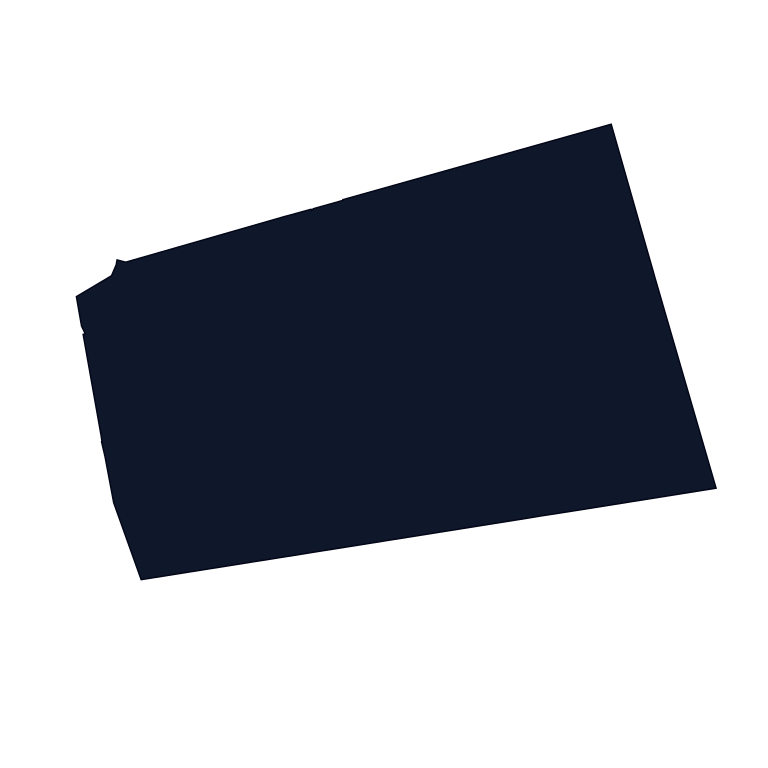 the district of Orange, North Carolina, United States of America, rotated 73°
{"feature_id": "52423323B59069176742644", "entity_name": "Orange", "entity_type": "district", "adm_level": 2, "iso_a3": "USA", "parent_name": "United States of America", "parent_adm1": "North Carolina", "projection": "albers", "projection_center": [-79.134, 36.052], "detail": "fine", "context": "isolated", "style": "filled", "palette": "ink", "viewbox_px": 768, "rotation_deg": 73, "n_neighbors": 0, "source": "geoboundaries", "source_scale": "gbopen_adm2", "svg_char_len": 666}
<svg xmlns="http://www.w3.org/2000/svg" viewBox="0 0 768 768"><g transform="rotate(73 384 384)"><path d="M202.0,90.8L195.7,369.4L196.4,369.5L195.7,400.3L196.8,402.4L195.6,402.7L194.9,427.4L194.8,428.7L192.0,595.4L187.3,603.0L191.8,605.3L200.8,612.9L210.5,652.6L240.2,656.3L248.6,655.0L248.6,657.2L350.6,669.6L356.7,670.5L356.7,671.0L371.8,672.0L418.5,677.2L500.1,673.4L507.1,623.2L507.4,621.4L508.5,613.4L515.8,561.1L517.6,548.7L519.3,536.3L523.2,508.5L524.0,502.5L534.3,428.9L555.0,280.7L556.1,272.2L558.9,253.0L560.0,245.3L580.7,96.9L360.9,93.8L353.2,93.6L340.3,93.4L334.6,93.3L329.3,93.2L202.0,90.8Z" fill="#0f172a" stroke="#020617" stroke-width="1.5"/></g></svg>